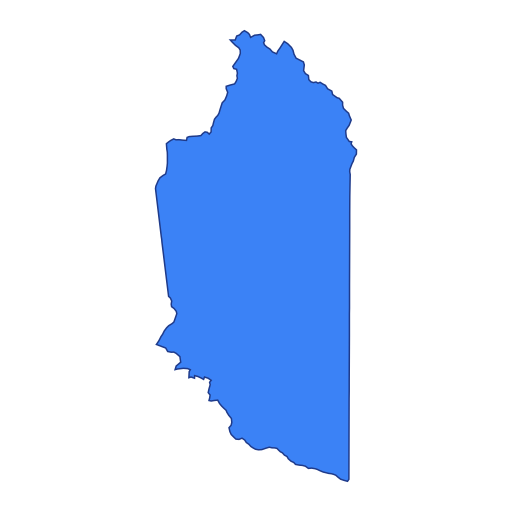 the district of Piraquê, Tocantins, Brazil
{"feature_id": "56859067B33098244249330", "entity_name": "Piraquê", "entity_type": "district", "adm_level": 2, "iso_a3": "BRA", "parent_name": "Brazil", "parent_adm1": "Tocantins", "projection": "orthographic", "projection_center": [-48.258, -6.735], "detail": "fine", "context": "isolated", "style": "filled", "palette": "blue", "viewbox_px": 512, "rotation_deg": 0, "n_neighbors": 0, "source": "geoboundaries", "source_scale": "gbopen_adm2", "svg_char_len": 3280}
<svg xmlns="http://www.w3.org/2000/svg" viewBox="0 0 512 512"><path d="M308.4,468.4L311.5,468.1L315.1,468.7L317.3,469.4L320.0,470.7L323.1,472.0L326.0,472.7L328.7,473.4L331.3,473.7L333.5,474.3L335.8,475.2L337.9,477.1L340.6,479.2L344.2,480.4L347.5,481.3L348.9,479.3L349.1,398.6L349.2,391.1L349.2,388.5L349.2,386.3L349.2,381.2L349.4,335.8L349.4,313.8L349.5,308.1L349.5,300.3L349.5,295.9L349.5,286.0L349.7,228.8L349.7,224.4L349.7,219.3L349.7,214.2L349.8,195.7L350.2,174.5L349.7,171.8L349.8,169.4L352.0,163.6L353.3,161.1L354.3,157.4L356.4,154.1L356.5,149.9L354.1,147.7L352.4,145.9L351.1,143.9L351.7,141.8L349.3,141.5L346.4,137.4L345.9,133.7L345.7,130.6L347.2,128.1L349.1,125.4L350.3,122.4L351.2,120.0L349.4,115.8L348.6,113.2L346.5,111.4L343.5,108.4L342.6,105.2L342.6,102.2L339.2,98.3L337.0,97.7L332.6,94.5L331.8,91.1L327.6,88.8L325.5,85.4L322.8,84.0L320.1,82.3L318.0,83.2L316.0,82.0L313.4,82.6L310.9,81.8L308.8,79.6L308.4,75.5L305.4,73.6L303.6,70.7L304.3,64.9L303.4,61.9L296.1,58.2L294.0,54.2L293.0,50.3L291.4,47.4L287.7,43.7L284.2,41.4L280.0,48.0L277.8,51.1L276.6,53.8L272.4,51.9L269.9,49.0L266.9,47.1L264.5,44.9L263.6,42.7L264.7,40.7L263.5,37.5L260.6,34.4L257.7,34.9L254.6,35.2L250.6,37.4L249.4,34.4L247.8,32.7L244.4,30.7L242.0,32.2L239.6,34.9L236.7,36.0L235.2,40.0L230.3,40.0L232.1,42.0L235.4,45.3L238.8,47.8L240.2,50.1L240.3,53.5L239.4,56.0L238.4,58.5L236.7,60.9L235.0,63.3L232.8,66.4L233.8,68.6L236.6,69.3L237.4,73.1L236.9,75.8L237.4,78.3L236.2,81.3L234.6,83.9L230.0,85.1L226.2,86.3L226.2,88.7L227.7,92.3L226.7,95.8L224.9,100.0L222.2,102.8L221.4,105.3L220.1,109.4L219.0,113.2L217.7,115.5L216.1,117.1L214.5,119.2L213.6,122.3L212.8,125.6L211.2,127.9L211.1,131.9L209.2,134.1L207.3,132.3L205.0,131.9L202.8,133.5L200.9,135.6L196.9,136.1L192.7,136.3L189.2,136.6L187.1,137.4L186.5,140.4L183.3,140.2L178.9,139.7L176.0,139.8L173.7,138.9L170.6,140.5L168.5,142.0L166.4,143.7L166.8,149.0L167.3,152.1L167.4,155.3L167.4,160.3L167.4,163.1L167.1,166.2L166.5,170.5L165.6,174.0L163.3,175.3L160.0,177.7L158.2,180.7L155.9,186.1L155.5,188.6L161.3,236.7L161.7,239.2L162.0,242.6L163.4,253.9L168.6,296.4L170.3,297.9L171.7,301.0L171.2,304.2L171.6,306.7L174.1,308.5L176.3,311.4L176.8,313.7L176.0,316.0L174.6,320.0L173.9,322.0L172.1,323.6L168.7,325.7L166.6,327.8L164.3,330.9L162.6,334.3L161.0,336.6L159.8,339.0L158.8,340.9L156.4,344.5L165.7,348.0L167.7,351.5L171.2,352.2L173.8,352.1L176.1,353.3L179.9,356.6L180.7,362.2L176.2,366.0L175.1,369.6L177.5,369.0L183.4,368.3L187.6,368.6L190.3,369.7L189.2,371.6L188.9,377.7L191.0,377.0L194.5,378.2L194.6,375.6L197.9,376.5L201.1,378.0L203.6,379.4L204.5,377.0L208.1,378.2L211.2,380.3L209.6,382.3L210.2,384.7L209.0,388.9L208.2,392.6L210.1,395.0L209.7,397.9L209.0,400.5L211.2,401.0L214.1,400.5L217.7,400.1L219.6,403.6L221.6,406.0L223.7,408.1L226.1,410.3L226.9,412.3L228.7,415.2L231.4,418.5L231.8,422.4L231.1,425.3L229.0,427.7L229.9,431.6L231.2,434.5L234.2,437.5L235.9,439.1L239.0,439.4L242.0,438.2L244.7,440.0L246.3,442.5L248.9,444.3L250.9,446.5L252.9,447.8L255.4,449.2L258.5,449.8L261.8,449.6L265.9,448.2L269.3,447.2L271.9,447.8L274.7,447.9L277.0,448.4L278.6,450.1L280.4,451.8L282.4,452.8L284.4,455.1L287.0,456.5L288.3,458.8L291.0,461.2L293.8,462.5L295.5,464.4L299.2,465.1L302.4,465.4L305.4,466.2L308.4,468.4Z" fill="#3b82f6" stroke="#1e3a8a" stroke-width="1.5"/></svg>